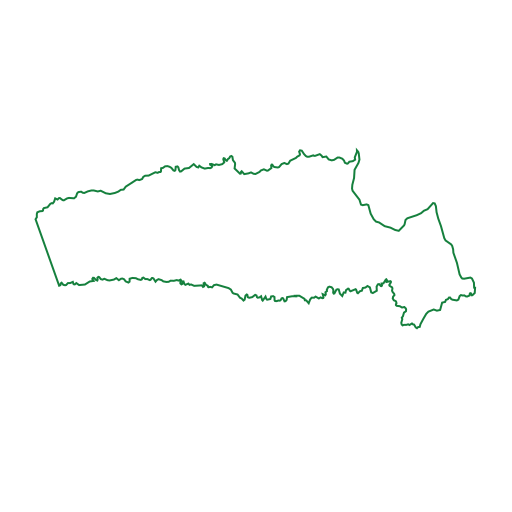 the district of Alcalá, Valle del Cauca, Colombia, rotated 166°
{"feature_id": "7082276B36252942932690", "entity_name": "Alcalá", "entity_type": "district", "adm_level": 2, "iso_a3": "COL", "parent_name": "Colombia", "parent_adm1": "Valle del Cauca", "projection": "natural_earth1", "projection_center": [-75.779, 4.685], "detail": "fine", "context": "isolated", "style": "outline", "palette": "green", "viewbox_px": 512, "rotation_deg": 166, "n_neighbors": 0, "source": "geoboundaries", "source_scale": "gbopen_adm2", "svg_char_len": 6114}
<svg xmlns="http://www.w3.org/2000/svg" viewBox="0 0 512 512"><g transform="rotate(166 256 256)"><path d="M454.2,274.8L452.9,275.0L452.0,276.7L451.1,277.1L449.9,274.6L448.3,273.8L447.2,273.8L445.1,275.2L442.7,274.7L440.0,275.2L439.9,273.1L439.3,272.4L438.6,272.3L436.9,273.2L434.7,270.6L428.9,269.7L423.5,271.5L419.6,271.1L420.4,273.3L419.4,274.3L418.5,274.0L417.1,271.5L415.9,270.6L415.4,271.3L415.2,273.2L414.0,273.9L413.2,273.4L412.2,271.1L410.6,270.2L408.7,270.6L406.0,268.5L404.1,267.7L399.6,267.5L396.9,268.3L394.9,265.7L392.4,266.6L391.0,266.4L389.6,265.3L388.6,262.9L386.2,261.1L384.9,261.7L384.1,264.5L381.2,264.6L377.9,263.5L376.2,262.0L373.6,260.7L372.5,260.9L371.6,262.2L370.5,262.3L369.0,260.4L367.0,259.9L364.9,258.3L364.1,258.4L362.4,259.8L361.7,259.7L360.9,259.0L359.7,255.4L358.0,256.6L356.2,257.1L353.4,255.4L352.1,253.8L349.2,252.5L347.0,252.1L344.8,252.7L341.7,251.8L338.7,251.8L337.2,250.9L334.9,251.3L334.5,250.3L335.6,249.4L336.0,247.7L335.2,246.5L334.4,246.7L333.3,249.0L332.5,248.9L332.3,246.2L331.5,245.1L328.3,245.6L327.5,244.1L325.9,244.1L323.2,242.0L315.6,240.6L314.9,238.8L313.7,239.1L313.4,242.2L312.4,242.5L311.9,241.7L311.8,240.4L310.0,238.8L310.1,237.8L309.7,237.2L307.8,237.1L306.2,236.2L303.8,237.9L301.2,237.8L290.4,231.5L288.5,229.5L287.6,225.9L286.9,225.1L283.2,223.1L281.6,219.3L280.2,218.2L278.9,215.8L277.6,216.4L275.8,220.1L274.3,220.9L273.8,220.4L273.9,218.0L272.7,217.1L269.6,217.0L266.2,218.5L265.1,217.6L265.0,215.8L264.4,215.1L262.6,215.0L260.8,215.7L260.7,211.8L260.3,211.1L256.6,214.3L256.4,212.0L255.8,210.9L252.5,210.8L251.1,213.1L249.1,212.9L248.0,211.7L248.7,208.6L248.4,207.7L246.8,207.2L245.1,207.4L243.7,206.9L242.8,207.2L241.4,208.7L240.5,208.8L239.9,208.3L239.3,205.1L238.3,205.0L236.9,206.0L235.8,208.6L230.7,208.2L227.3,207.3L227.5,207.9L223.6,207.0L219.3,202.7L219.3,201.2L218.0,200.8L216.3,197.4L214.0,200.7L212.1,202.1L209.6,201.5L208.0,202.2L205.3,199.6L203.4,200.2L201.8,199.0L200.9,199.0L200.5,199.6L200.5,202.8L198.3,201.1L197.5,202.0L197.4,204.0L195.6,204.8L195.5,206.0L193.7,208.2L192.2,208.5L190.2,207.4L189.3,205.5L189.2,204.1L190.0,201.7L189.7,200.7L189.0,200.7L186.1,203.9L184.8,204.0L183.8,203.5L183.7,199.2L182.0,196.3L179.7,199.4L178.1,198.8L176.9,201.1L174.5,202.1L174.0,201.8L173.4,199.6L172.8,198.9L167.4,199.7L167.0,199.1L166.7,195.8L166.1,195.2L163.6,196.7L161.7,196.7L160.1,199.1L157.5,198.9L155.1,199.9L153.1,198.0L153.0,192.8L151.6,191.8L147.2,193.1L146.4,197.1L144.6,199.0L143.4,199.0L142.1,196.6L141.5,196.4L140.9,196.9L140.8,198.9L139.0,198.6L135.8,201.7L135.2,201.9L134.7,200.5L135.7,199.9L135.7,199.2L131.7,199.1L131.3,198.6L131.5,197.8L133.7,195.6L133.6,194.8L131.5,192.6L131.5,191.4L132.4,189.4L132.1,187.9L131.1,185.9L131.1,184.6L132.8,183.4L133.6,181.7L133.0,179.7L131.4,178.5L131.1,177.7L131.1,176.2L131.9,175.4L132.1,174.5L131.5,173.6L128.6,172.5L126.8,170.7L124.4,170.6L123.3,168.8L123.3,167.6L123.9,166.1L126.1,165.3L128.0,162.0L129.5,160.8L129.3,159.4L131.2,156.0L131.2,154.3L130.5,153.2L129.3,153.4L126.6,152.8L124.9,152.9L123.8,151.9L121.0,152.8L120.4,151.8L119.2,151.2L118.3,148.1L117.3,147.0L115.9,147.8L114.3,147.6L112.9,150.1L108.8,154.6L104.8,158.7L102.2,160.3L96.5,161.1L93.7,159.2L90.4,159.1L86.7,165.7L83.6,165.7L82.3,167.5L80.3,167.7L78.8,169.0L77.8,168.8L77.0,167.0L76.0,166.1L71.9,164.3L70.2,164.7L68.1,167.8L66.6,168.5L64.9,167.6L63.4,167.4L62.2,166.1L61.0,165.6L58.4,166.0L57.6,167.8L57.1,168.1L56.5,167.8L56.2,165.7L55.5,165.6L52.7,167.2L51.1,172.2L52.0,172.5L51.0,177.4L51.9,181.9L53.2,183.2L59.5,183.6L61.3,184.2L62.0,185.4L62.9,188.9L62.7,200.7L63.7,211.4L63.1,214.8L63.2,218.3L63.8,220.0L68.3,225.2L69.0,227.7L69.3,240.2L70.1,248.2L70.2,254.8L69.4,260.8L69.9,263.8L71.4,264.5L78.2,259.9L82.1,259.3L85.5,257.6L90.2,256.7L100.0,256.0L102.2,254.8L104.1,250.9L104.9,249.9L111.4,245.9L114.7,247.6L118.7,251.0L123.9,253.8L128.5,258.8L131.2,260.3L132.9,263.2L134.5,269.3L134.7,278.2L136.2,279.3L140.2,279.5L141.7,280.5L142.0,285.6L146.5,295.9L146.5,298.2L145.3,301.8L142.0,307.9L139.5,315.8L134.1,321.5L132.3,324.5L131.5,330.5L131.6,332.3L132.5,334.1L132.8,332.7L136.3,327.8L136.5,325.5L139.1,324.6L142.6,324.9L144.4,323.6L145.3,323.5L147.2,325.0L147.5,327.3L148.7,329.5L151.3,331.4L153.0,331.8L157.0,330.4L159.4,330.5L162.1,332.1L163.7,335.5L167.5,335.8L168.1,337.5L169.5,339.4L174.2,338.9L175.4,339.1L176.1,339.8L180.5,339.5L182.3,339.9L183.5,341.0L184.8,343.4L186.1,347.1L187.7,347.9L188.9,346.8L188.7,344.1L189.4,343.1L192.0,342.4L193.5,341.5L199.8,340.2L202.2,337.8L203.8,337.7L206.0,339.4L208.9,339.0L212.1,336.7L213.4,336.6L216.7,337.9L217.5,338.9L218.1,340.7L218.7,340.9L219.4,340.2L219.8,337.6L223.8,336.0L224.7,336.1L227.4,338.2L230.6,337.8L232.3,336.7L236.7,335.7L238.5,336.4L240.6,338.3L243.3,338.0L247.6,338.3L249.4,341.7L250.1,341.3L250.8,339.7L251.6,339.7L255.6,346.1L254.0,350.3L253.9,351.6L255.2,354.6L254.9,358.0L255.7,359.0L257.0,358.8L258.3,357.4L259.7,356.9L261.3,355.4L261.8,355.7L262.9,358.3L263.7,358.7L264.3,357.9L264.2,354.5L266.5,353.3L269.9,353.3L272.6,354.6L274.1,354.1L276.9,356.1L278.3,356.3L278.4,355.7L277.1,354.5L276.8,353.5L277.8,352.6L279.1,352.3L281.2,353.0L284.6,353.2L287.5,355.2L289.2,357.3L290.6,355.9L292.1,356.8L294.2,360.2L299.7,357.6L304.2,358.1L308.2,356.2L309.3,356.3L309.9,358.1L309.9,360.8L310.5,361.9L312.3,362.0L313.4,358.9L314.3,358.3L315.4,359.0L316.8,362.0L318.2,363.4L320.1,364.6L322.5,365.0L325.0,364.0L326.8,364.1L327.7,361.2L328.3,360.6L329.9,360.9L331.3,360.5L333.4,361.6L340.7,360.0L344.1,360.7L345.2,360.4L346.4,359.9L347.8,358.3L349.5,358.0L350.9,357.9L352.6,358.8L353.9,358.8L365.6,354.8L368.4,352.5L371.2,352.9L374.0,351.8L377.7,351.3L382.7,351.5L386.6,353.2L390.9,356.9L393.9,356.9L397.5,358.8L399.7,359.4L403.5,359.4L407.4,358.7L408.8,359.3L410.1,360.7L412.9,361.0L414.4,360.1L416.3,357.1L418.6,356.0L423.4,357.6L425.3,357.6L429.0,356.5L430.1,357.0L432.3,359.7L433.3,359.8L434.9,358.8L436.9,360.5L438.8,357.5L440.5,356.2L441.4,356.7L442.9,356.4L446.5,353.7L450.2,353.8L451.1,353.1L451.7,351.6L452.5,351.3L455.0,351.7L457.6,351.3L458.5,349.8L459.3,346.6L461.0,345.0L454.2,274.8Z" fill="none" stroke="#15803d" stroke-width="2"/></g></svg>